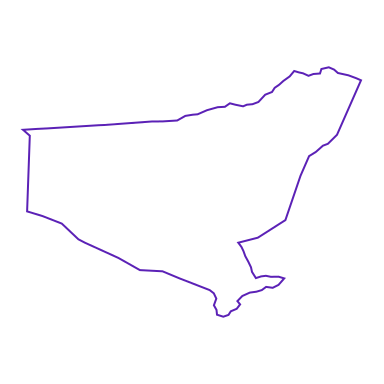 the district of Araruna, Paraíba, Brazil
{"feature_id": "56859067B30270285588633", "entity_name": "Araruna", "entity_type": "district", "adm_level": 2, "iso_a3": "BRA", "parent_name": "Brazil", "parent_adm1": "Paraíba", "projection": "albers", "projection_center": [-35.727, -6.531], "detail": "fine", "context": "isolated", "style": "outline", "palette": "violet", "viewbox_px": 384, "rotation_deg": 0, "n_neighbors": 0, "source": "geoboundaries", "source_scale": "gbopen_adm2", "svg_char_len": 1189}
<svg xmlns="http://www.w3.org/2000/svg" viewBox="0 0 384 384"><path d="M23.0,129.8L29.8,135.7L27.1,211.4L42.6,216.1L61.8,223.6L78.4,239.3L85.1,242.8L118.3,257.9L139.9,270.1L162.5,271.3L179.8,278.5L209.7,290.1L213.8,293.3L216.3,298.6L213.9,305.3L216.5,309.9L217.0,314.7L223.3,316.7L228.5,314.9L230.8,311.3L236.7,308.8L240.1,304.4L237.4,301.1L242.3,296.0L249.8,292.6L256.4,291.7L261.8,290.1L266.1,286.9L272.7,287.8L278.5,284.9L284.2,278.4L278.6,276.7L270.8,276.8L265.9,275.8L261.1,276.4L255.9,278.1L252.0,271.9L251.0,267.3L248.3,261.7L245.3,256.2L243.5,251.2L241.5,247.0L238.3,242.7L257.8,237.7L278.8,224.3L285.4,220.1L300.5,175.8L309.1,156.1L315.9,151.9L322.9,145.7L327.9,143.8L337.0,134.8L361.0,80.3L356.2,78.2L348.4,75.3L337.9,73.0L334.1,69.6L328.8,67.3L321.4,69.0L320.0,73.5L313.4,74.0L308.5,75.8L303.0,73.3L298.9,72.4L294.2,71.0L289.7,76.4L283.3,81.0L279.2,84.7L274.7,87.8L272.0,92.0L265.2,94.7L258.4,102.0L252.5,104.2L246.9,104.7L243.1,106.3L235.3,104.7L229.9,103.3L224.9,106.8L217.7,107.2L207.0,110.2L197.6,114.3L192.8,114.7L185.3,115.9L177.2,120.5L162.7,121.4L151.6,121.5L104.3,125.0L99.1,125.2L47.5,128.4L37.3,128.9L23.0,129.8Z" fill="none" stroke="#5b21b6" stroke-width="2"/></svg>